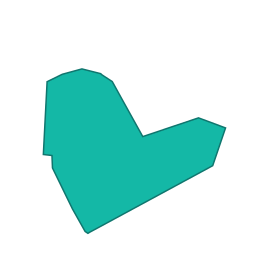 Hillcrest Gardens, Castries, Saint Lucia, rotated 154°
{"feature_id": "8701671B99228851829724", "entity_name": "Hillcrest Gardens", "entity_type": "district", "adm_level": 2, "iso_a3": "LCA", "parent_name": "Saint Lucia", "parent_adm1": "Castries", "projection": "robinson", "projection_center": [-60.971, 14.011], "detail": "fine", "context": "isolated", "style": "filled", "palette": "teal", "viewbox_px": 256, "rotation_deg": 154, "n_neighbors": 0, "source": "geoboundaries", "source_scale": "gbopen_adm2", "svg_char_len": 484}
<svg xmlns="http://www.w3.org/2000/svg" viewBox="0 0 256 256"><g transform="rotate(154 128 128)"><path d="M213.4,109.7L213.4,79.6L211.9,53.8L210.2,50.9L209.1,51.0L208.4,51.1L68.4,57.0L40.3,85.3L60.2,106.2L85.5,109.5L118.5,113.8L120.9,158.8L121.8,176.6L127.7,186.5L128.3,187.6L128.7,188.8L135.1,194.2L143.5,201.3L158.3,204.1L163.5,205.1L180.4,205.1L203.2,163.9L215.7,141.3L209.9,137.6L208.4,136.6L213.4,125.2L213.4,109.7Z" fill="#14b8a6" stroke="#0f766e" stroke-width="1.5"/></g></svg>